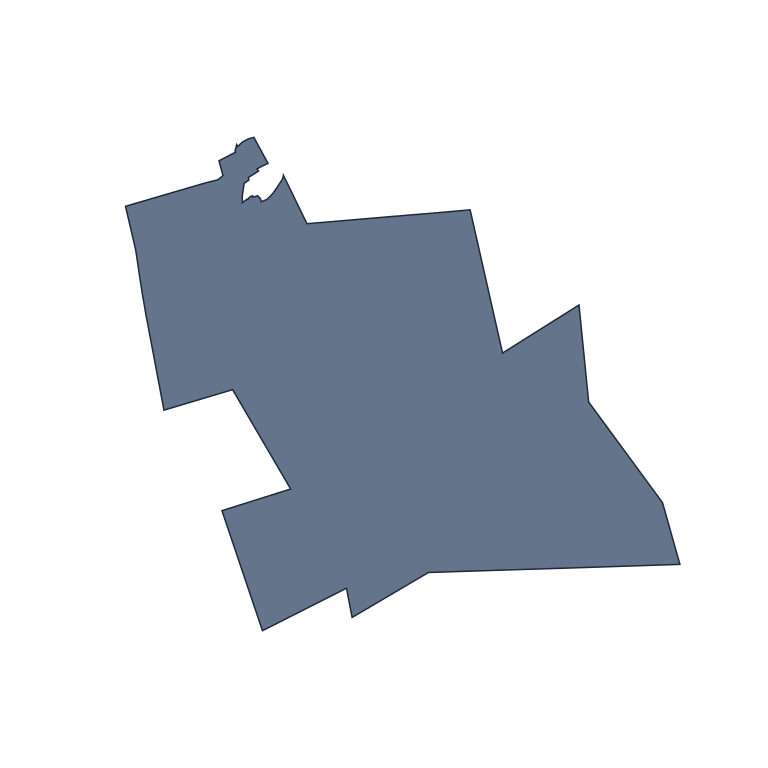 Villa de la Paz, San Luis Potosí, Mexico (Robinson projection), rotated 248°
{"feature_id": "50627088B83556604008483", "entity_name": "Villa de la Paz", "entity_type": "district", "adm_level": 2, "iso_a3": "MEX", "parent_name": "Mexico", "parent_adm1": "San Luis Potosí", "projection": "robinson", "projection_center": [-100.702, 23.663], "detail": "fine", "context": "isolated", "style": "filled", "palette": "slate", "viewbox_px": 768, "rotation_deg": 248, "n_neighbors": 0, "source": "geoboundaries", "source_scale": "gbopen_adm2", "svg_char_len": 1671}
<svg xmlns="http://www.w3.org/2000/svg" viewBox="0 0 768 768"><g transform="rotate(248 384 384)"><path d="M169.6,597.8L290.6,567.0L384.2,594.4L368.3,505.5L513.2,529.1L527.0,484.0L533.1,464.6L534.0,461.4L534.9,458.7L535.8,455.8L537.1,451.7L537.7,449.8L538.7,446.3L539.1,445.2L540.1,441.9L559.2,380.0L561.5,372.6L571.8,371.9L584.7,371.0L597.2,370.2L615.1,368.9L614.7,368.7L614.3,368.5L614.0,368.1L613.4,367.7L612.3,367.0L611.7,366.1L610.5,364.6L610.2,364.0L609.3,362.8L608.3,361.2L606.5,358.7L606.2,358.3L604.1,355.1L603.2,353.6L603.0,353.3L602.5,352.8L602.0,351.8L601.6,350.5L601.0,349.8L599.3,345.3L599.0,344.4L599.0,338.4L599.4,338.5L600.1,338.6L600.9,338.7L601.2,338.8L602.4,338.7L603.3,338.5L603.9,338.2L604.4,337.9L605.3,337.6L606.0,337.3L606.0,335.6L606.0,334.7L606.1,333.4L606.7,332.2L607.5,332.7L607.7,332.1L607.9,331.4L607.7,330.6L607.7,330.1L607.5,329.2L607.1,328.5L606.9,327.9L606.4,327.5L606.2,326.9L606.7,326.5L606.2,324.6L605.8,322.8L605.1,320.6L611.2,322.9L622.4,329.5L623.7,335.2L626.4,335.7L626.9,339.4L627.4,342.2L628.5,347.5L630.9,346.8L631.6,352.1L631.8,356.2L632.0,359.1L658.2,356.1L661.4,355.8L662.1,349.8L661.4,343.5L659.0,337.4L661.1,337.1L656.1,333.3L654.6,333.3L652.8,314.6L637.6,312.8L635.6,306.5L637.5,292.4L645.6,210.9L601.4,204.0L588.4,200.9L587.6,200.7L581.5,199.2L578.6,198.5L559.0,193.9L552.6,192.5L548.3,191.6L547.4,191.4L536.6,189.0L531.7,188.1L497.2,181.2L485.8,178.9L476.8,177.1L442.2,170.2L435.5,241.5L321.6,258.1L322.4,248.3L323.7,231.8L325.6,207.7L327.3,186.4L327.0,186.3L200.8,178.9L208.7,272.7L179.5,267.0L192.6,354.5L182.2,382.9L130.5,523.6L105.9,590.8L169.6,597.8Z" fill="#64748b" stroke="#1e293b" stroke-width="1.5"/></g></svg>